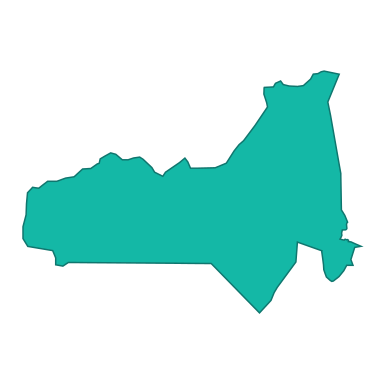 Gurara, Niger, Nigeria (Equal Earth projection)
{"feature_id": "59680162B85303802109421", "entity_name": "Gurara", "entity_type": "district", "adm_level": 2, "iso_a3": "NGA", "parent_name": "Nigeria", "parent_adm1": "Niger", "projection": "equal_earth", "projection_center": [7.034, 9.353], "detail": "fine", "context": "isolated", "style": "filled", "palette": "teal", "viewbox_px": 384, "rotation_deg": 0, "n_neighbors": 0, "source": "geoboundaries", "source_scale": "gbopen_adm2", "svg_char_len": 1866}
<svg xmlns="http://www.w3.org/2000/svg" viewBox="0 0 384 384"><path d="M259.5,312.9L271.0,300.4L274.1,292.7L277.3,287.3L295.9,262.0L297.4,242.1L321.9,250.8L321.7,251.3L322.8,259.2L323.5,264.8L323.8,269.7L325.0,273.2L326.4,277.0L330.3,280.5L331.8,281.4L333.4,281.0L339.0,276.6L343.8,270.7L346.7,265.3L353.0,265.3L350.9,259.6L354.7,247.4L361.0,246.3L355.4,243.9L351.0,241.9L348.3,241.6L348.5,240.3L347.6,239.6L346.7,239.8L345.1,239.2L344.2,240.1L342.7,239.8L340.0,239.1L341.1,237.2L341.9,235.3L341.6,233.2L342.3,230.0L345.7,229.8L346.5,229.2L346.9,228.3L346.7,226.7L346.5,224.4L346.9,222.9L347.6,222.2L344.8,215.4L341.4,209.9L340.8,176.2L340.8,173.5L339.5,166.3L330.5,115.2L327.8,102.0L339.2,74.2L324.1,71.1L321.1,71.8L319.9,72.5L318.0,73.6L316.4,73.8L313.3,74.1L311.9,76.7L310.6,79.1L308.5,81.0L304.6,84.5L303.4,85.6L301.5,85.9L298.4,86.3L297.6,86.5L296.7,86.4L290.5,86.1L289.1,86.0L285.4,85.1L283.3,84.6L282.0,82.9L280.6,81.0L275.5,83.3L274.6,84.8L273.5,86.9L270.4,87.1L264.3,87.4L264.1,87.9L263.9,94.1L266.7,102.8L267.5,107.0L255.0,125.5L243.6,140.7L239.2,144.5L234.2,150.8L226.3,163.2L215.2,167.8L197.7,168.2L190.5,168.2L187.8,161.9L184.9,158.1L179.5,162.6L165.5,172.2L162.8,176.3L154.6,172.2L151.9,167.6L143.1,159.3L139.7,157.1L133.5,158.0L128.1,159.8L122.3,159.8L115.8,154.3L110.7,152.9L104.9,156.1L100.2,158.9L99.2,163.3L97.5,163.9L97.3,163.9L92.2,167.5L90.8,168.5L87.1,168.7L86.3,168.8L84.3,168.9L82.6,169.0L74.1,176.8L65.6,178.1L56.8,181.3L47.6,181.3L45.6,182.9L43.7,184.3L41.4,186.1L40.9,186.5L40.7,186.7L38.7,188.2L35.7,187.8L32.6,187.3L30.9,189.2L29.0,191.2L27.5,192.8L27.5,193.0L26.5,203.8L26.1,214.8L23.0,226.7L23.0,238.6L27.8,246.4L52.7,250.6L55.7,257.9L55.7,264.8L62.9,266.1L68.3,262.5L74.7,262.5L84.7,262.6L172.5,263.2L192.1,263.4L206.7,263.5L211.2,263.5L220.5,273.0L245.0,298.1L259.5,312.9Z" fill="#14b8a6" stroke="#0f766e" stroke-width="1.5"/></svg>